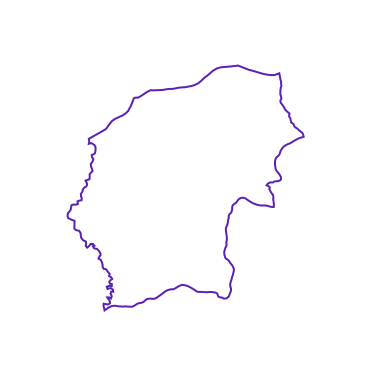 São Francisco de Sales, Minas Gerais, Brazil, rotated 152°
{"feature_id": "56859067B34500113916882", "entity_name": "São Francisco de Sales", "entity_type": "district", "adm_level": 2, "iso_a3": "BRA", "parent_name": "Brazil", "parent_adm1": "Minas Gerais", "projection": "robinson", "projection_center": [-49.843, -19.775], "detail": "fine", "context": "isolated", "style": "outline", "palette": "violet", "viewbox_px": 384, "rotation_deg": 152, "n_neighbors": 0, "source": "geoboundaries", "source_scale": "gbopen_adm2", "svg_char_len": 4402}
<svg xmlns="http://www.w3.org/2000/svg" viewBox="0 0 384 384"><g transform="rotate(152 192 192)"><path d="M67.5,188.3L67.0,190.3L66.8,192.3L67.6,194.1L68.6,196.3L69.2,198.5L70.3,200.4L70.8,202.1L70.5,204.4L71.7,206.6L71.3,208.5L70.7,210.5L70.7,213.4L69.1,215.5L70.2,218.3L71.1,221.0L71.0,223.6L71.2,226.3L71.8,229.2L71.0,231.3L69.3,232.4L68.6,234.3L68.1,236.9L66.5,239.8L64.8,242.2L63.2,243.8L62.6,245.6L61.6,247.5L60.9,250.5L59.2,255.8L64.2,256.5L67.6,258.2L69.5,259.6L70.8,260.5L73.7,262.9L76.5,265.6L79.9,269.0L84.7,273.5L87.2,276.5L92.1,282.1L93.8,282.7L96.9,283.9L99.4,284.9L106.2,287.8L108.0,288.5L109.9,289.0L111.6,289.4L116.7,289.2L123.5,287.6L127.4,287.1L131.7,285.8L135.1,285.1L139.5,285.2L142.5,285.8L149.1,287.8L151.0,288.8L155.2,290.5L158.7,291.5L160.8,292.2L164.6,294.1L170.8,296.2L179.0,300.2L180.6,301.3L184.7,301.4L192.4,300.7L195.6,300.7L197.5,301.8L199.3,302.1L205.7,296.5L208.0,295.2L210.1,293.6L213.9,292.5L217.2,292.2L225.5,292.7L229.5,292.2L233.5,290.4L237.8,288.3L239.5,287.9L258.1,287.4L259.0,284.9L260.5,283.0L258.1,282.6L256.8,280.6L256.0,279.0L256.2,276.7L257.0,275.1L258.1,273.4L259.5,271.8L261.1,271.5L263.1,271.8L264.0,269.7L263.7,267.2L265.7,265.5L268.2,264.3L269.1,262.0L269.4,260.0L269.9,257.3L271.8,256.6L274.0,255.8L275.1,253.6L276.5,251.4L278.3,251.7L280.6,252.1L280.6,249.4L281.4,247.5L282.9,246.4L284.9,246.6L287.1,245.5L288.8,243.6L291.0,242.5L292.1,240.1L292.3,238.0L293.4,236.6L295.3,237.2L297.5,237.5L298.5,234.9L300.9,235.5L302.9,236.7L304.6,236.9L305.9,235.2L307.5,233.3L309.6,232.2L311.6,231.4L313.1,229.4L313.6,227.1L312.4,225.5L311.2,223.8L309.2,221.7L310.6,219.2L312.0,216.9L313.1,214.6L312.0,212.5L309.9,210.8L309.6,208.1L310.5,206.0L311.2,204.3L311.2,202.4L310.6,200.2L308.9,198.0L309.9,195.7L311.2,194.3L310.7,192.1L308.3,192.6L306.0,193.7L303.8,192.6L303.4,190.4L305.0,190.7L304.8,188.1L302.6,186.3L301.7,183.3L301.7,181.0L302.3,179.2L304.0,178.5L305.8,177.1L304.4,174.7L304.6,172.0L305.1,169.7L306.0,168.0L306.1,165.7L304.2,164.2L303.7,160.8L303.2,158.3L304.7,156.6L303.4,154.5L303.3,152.6L305.3,152.4L307.2,151.6L307.5,149.6L306.0,148.3L307.0,146.6L309.5,148.1L311.8,148.3L312.1,146.0L310.0,145.7L308.6,145.0L307.7,143.0L308.4,140.9L310.1,142.0L311.6,140.5L311.8,137.6L313.6,136.0L314.5,137.8L316.3,138.7L316.0,136.2L315.8,134.1L316.8,132.2L319.2,132.2L320.7,133.4L322.4,134.8L323.5,133.2L324.1,130.8L324.8,128.5L322.5,128.8L319.9,129.2L318.1,129.1L316.4,129.0L314.4,128.2L312.7,127.3L310.9,125.8L308.7,124.4L307.0,123.4L304.7,122.4L302.5,120.9L300.5,119.8L298.7,118.8L296.7,118.7L294.6,118.8L292.9,119.0L291.3,118.8L289.3,118.1L286.5,117.6L284.1,118.4L281.6,118.5L279.3,117.7L277.5,116.5L275.7,115.5L273.3,115.2L270.2,115.6L267.3,115.9L264.9,116.4L262.6,116.8L259.7,116.8L257.4,116.3L255.8,115.8L254.1,114.8L252.5,114.8L250.6,114.9L247.7,115.1L244.3,114.7L242.0,113.0L239.7,110.7L238.0,108.2L236.6,105.9L235.4,103.8L234.2,101.5L232.2,100.2L230.0,99.0L227.9,97.7L226.3,96.7L224.2,95.8L221.8,94.6L220.0,93.3L218.6,92.3L217.4,90.6L217.9,87.6L216.9,85.9L215.3,85.0L213.8,82.8L211.4,81.9L208.6,82.5L206.7,84.1L204.8,85.7L203.6,87.0L202.8,88.6L202.5,90.7L201.4,92.9L199.8,94.7L198.2,96.2L196.9,97.7L194.9,99.5L193.3,101.4L192.1,102.7L191.1,104.5L190.9,107.0L191.0,109.1L191.5,111.0L191.6,113.3L192.2,115.4L193.5,117.6L192.9,121.2L192.0,123.5L190.6,125.2L188.8,127.0L187.3,127.9L186.1,129.5L185.2,131.7L183.4,133.7L182.6,135.5L181.6,138.0L180.8,140.3L180.2,142.0L178.9,144.4L176.8,145.9L175.6,147.1L174.4,148.6L173.3,150.3L171.9,151.7L170.8,153.6L169.3,154.8L167.0,155.4L164.9,157.5L163.7,159.7L162.5,161.0L160.7,161.6L158.5,161.7L156.4,162.6L154.3,163.7L151.9,163.8L149.8,163.2L147.9,161.4L146.7,159.0L145.0,155.9L143.6,153.6L142.3,152.2L140.9,150.6L139.6,149.3L138.2,148.2L136.6,147.3L135.1,146.5L133.3,145.5L131.3,143.9L129.9,142.4L128.5,141.3L126.9,140.4L125.8,142.0L124.7,144.5L123.9,147.1L122.7,149.0L121.8,151.4L122.3,153.3L122.4,155.5L122.4,158.2L121.2,159.5L121.7,161.3L123.0,162.9L121.1,163.8L118.2,163.7L116.3,162.5L114.4,162.6L112.9,162.1L111.2,161.3L109.4,160.9L107.7,161.2L106.5,163.2L106.5,166.1L106.8,168.3L107.3,170.2L107.5,172.6L106.5,175.5L105.7,177.7L104.6,179.5L103.6,181.1L101.9,182.6L99.8,183.2L98.2,183.6L96.6,184.6L94.7,186.5L93.0,187.6L90.7,188.7L88.5,189.2L86.7,189.3L85.1,189.3L83.3,189.0L81.2,189.0L79.0,189.2L76.5,189.3L73.2,189.3L71.6,189.1L69.5,188.7L67.5,188.3Z" fill="none" stroke="#5b21b6" stroke-width="2"/></g></svg>